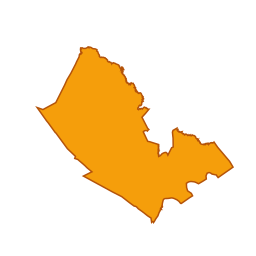 Compostela Valley, Compostela Valley, Philippines, rotated 145°
{"feature_id": "2640588B76140513385915", "entity_name": "Compostela Valley", "entity_type": "district", "adm_level": 2, "iso_a3": "PHL", "parent_name": "Philippines", "parent_adm1": "Compostela Valley", "projection": "albers", "projection_center": [125.86, 7.537], "detail": "fine", "context": "isolated", "style": "filled", "palette": "amber", "viewbox_px": 256, "rotation_deg": 145, "n_neighbors": 0, "source": "geoboundaries", "source_scale": "gbopen_adm2", "svg_char_len": 5535}
<svg xmlns="http://www.w3.org/2000/svg" viewBox="0 0 256 256"><g transform="rotate(145 128 128)"><path d="M64.4,35.7L63.9,42.4L65.6,60.7L65.6,67.0L66.0,66.8L66.3,67.1L66.7,67.0L67.4,67.6L67.8,67.5L68.0,68.1L68.9,68.5L70.4,68.4L70.8,68.6L71.2,68.4L71.1,68.7L70.6,68.8L70.6,69.1L71.1,69.3L71.1,68.9L71.6,69.1L71.5,69.5L71.9,69.4L72.2,69.5L72.0,70.0L73.2,70.7L73.6,70.7L73.5,70.4L73.8,70.2L74.2,70.0L75.5,70.9L75.3,71.3L75.8,71.3L76.9,72.4L77.4,73.1L77.6,74.3L77.2,74.5L77.1,74.9L77.5,75.2L77.1,76.9L77.3,77.3L77.6,77.3L77.3,77.7L77.6,78.1L77.3,78.3L77.9,78.3L77.8,78.9L77.5,78.9L77.4,79.5L77.9,79.8L78.1,81.1L77.7,82.0L77.8,82.4L77.7,82.6L78.1,83.2L78.0,83.4L78.1,83.8L79.2,84.9L79.4,85.5L79.8,85.2L80.4,85.6L80.7,85.5L80.7,85.9L81.0,86.2L81.0,86.7L81.3,86.6L81.3,86.3L81.5,86.3L82.0,86.8L82.1,87.4L82.4,87.2L83.4,87.6L83.4,88.6L83.9,89.6L84.5,90.0L84.9,89.8L85.7,89.9L85.7,91.4L86.0,91.8L86.1,91.5L86.4,91.7L86.3,92.1L86.5,92.9L86.3,93.8L85.9,94.0L86.4,94.2L86.9,93.9L86.9,94.4L87.6,94.4L87.9,94.7L87.8,95.5L88.5,95.6L88.4,96.0L88.7,96.7L88.5,97.2L88.8,97.0L89.0,97.1L88.9,98.0L88.1,98.1L88.5,99.2L88.0,99.8L92.5,100.2L94.0,99.1L97.0,93.7L101.9,86.5L103.6,86.8L110.9,82.9L110.5,84.8L110.9,86.3L112.4,87.0L114.7,87.4L117.4,86.8L119.2,87.1L118.6,88.2L117.8,88.7L117.8,89.0L118.0,88.9L118.2,89.1L118.0,90.1L117.1,90.9L116.9,90.7L116.3,91.0L116.4,91.5L116.2,91.5L116.0,92.0L115.6,92.0L116.0,92.6L115.9,92.8L115.6,93.0L115.2,92.7L114.9,92.9L115.1,93.1L115.1,93.6L114.1,94.5L114.1,95.0L113.7,95.5L113.4,95.3L113.3,95.5L113.3,96.2L112.5,96.4L112.4,96.9L118.1,104.3L119.5,105.8L117.7,116.1L116.1,116.3L114.8,115.7L114.0,115.0L113.8,114.4L113.2,114.7L111.8,114.8L112.1,116.5L110.4,128.8L105.4,129.9L100.1,131.4L100.8,131.9L101.3,133.6L101.5,133.4L101.7,133.5L102.0,134.7L102.7,135.8L105.4,135.4L105.3,135.8L105.9,136.4L106.4,136.6L107.0,136.4L107.3,137.1L107.5,137.2L108.1,137.2L108.5,136.9L108.8,136.9L109.2,137.9L108.5,138.7L108.0,139.0L107.4,139.0L106.0,139.9L105.2,139.9L104.8,139.0L103.5,139.3L101.7,141.5L101.1,141.1L100.1,141.2L100.1,142.1L100.4,143.0L99.5,143.2L98.8,142.8L98.5,142.9L98.3,144.0L98.8,144.6L97.8,145.0L98.2,145.6L97.8,146.0L97.8,147.5L97.5,148.2L97.5,149.2L97.7,149.7L98.6,150.2L99.1,150.0L99.6,150.4L99.4,150.9L99.8,151.5L99.5,152.2L100.2,152.6L99.8,153.3L100.2,153.4L100.6,153.2L100.7,153.9L100.6,154.4L100.1,154.7L99.9,155.2L99.5,154.8L99.5,155.8L98.7,156.6L98.8,156.9L99.5,157.1L99.8,157.6L99.6,157.7L99.0,157.5L98.8,157.7L98.2,159.8L98.5,160.3L98.1,161.6L99.3,162.4L99.5,163.2L99.9,163.1L99.7,162.8L99.9,162.8L100.6,162.4L100.7,162.7L100.9,162.5L101.0,162.9L101.2,163.1L101.4,162.9L101.4,163.1L101.7,162.9L102.3,163.1L102.1,163.4L102.2,164.5L102.7,165.1L102.7,165.3L102.4,165.3L102.5,165.5L102.8,165.4L102.5,165.6L102.9,165.4L103.0,165.6L102.8,166.3L102.6,166.5L102.8,166.4L103.0,166.6L103.0,167.1L102.6,167.3L102.4,167.2L102.3,167.9L101.9,168.0L101.8,168.3L102.1,168.6L101.9,168.7L101.8,169.3L101.5,169.3L101.2,169.6L101.6,170.0L101.4,170.9L101.0,171.1L101.0,172.3L101.2,172.5L101.2,173.2L100.9,173.4L101.2,173.7L101.2,174.4L101.5,175.3L101.4,175.6L101.0,175.8L101.1,176.3L101.4,176.5L101.5,177.0L100.8,177.2L100.6,177.7L99.9,178.1L100.1,178.2L99.9,178.3L100.0,179.1L100.3,179.2L99.8,179.4L100.1,179.4L100.1,179.7L99.9,179.5L99.7,179.8L99.9,180.1L99.7,180.5L100.1,181.4L99.8,182.2L99.9,183.1L99.5,183.5L99.7,184.0L99.5,184.6L99.8,185.5L101.1,187.4L101.6,188.6L102.0,188.9L102.4,189.6L102.6,189.5L103.0,189.9L103.8,189.9L103.8,190.2L104.0,190.3L104.2,190.2L104.1,190.4L104.5,191.0L104.4,191.5L104.9,191.9L105.0,192.4L105.3,192.8L105.3,193.0L105.8,193.0L106.1,193.4L106.2,193.7L106.4,194.4L106.0,194.9L105.8,195.5L106.2,196.3L106.0,197.0L106.7,198.1L106.5,198.7L107.2,199.3L107.4,199.8L108.3,200.4L108.2,200.5L108.3,200.4L108.6,200.7L108.8,201.1L109.8,201.3L110.3,202.2L110.3,203.2L110.0,203.3L109.6,204.8L109.7,205.5L109.0,208.0L109.1,208.4L109.5,209.0L108.5,210.0L109.5,211.6L111.3,213.2L112.2,215.4L113.9,217.1L114.1,216.7L114.2,217.2L116.1,217.3L117.4,217.7L119.0,218.9L119.4,219.8L120.0,220.1L120.5,220.6L120.7,220.3L121.1,220.5L122.0,219.4L121.8,219.1L122.1,219.1L122.7,218.1L122.9,217.4L122.6,217.1L122.4,216.4L122.6,216.2L122.9,216.4L123.0,216.0L123.5,216.3L124.0,215.8L124.2,216.4L124.4,216.4L124.7,216.0L125.0,216.1L125.2,215.7L125.8,215.9L127.3,214.3L132.2,211.7L134.1,210.5L143.4,205.6L150.3,202.5L155.3,199.5L172.6,190.2L187.1,191.9L190.7,196.9L190.6,180.7L190.4,178.1L190.2,166.1L189.9,165.0L189.5,145.8L187.3,134.9L189.1,133.6L187.2,131.1L184.9,122.0L184.3,118.6L182.7,112.8L192.1,114.2L177.3,84.4L172.5,75.4L169.5,65.6L167.8,60.6L166.6,59.3L166.2,58.3L165.9,55.9L164.3,51.5L162.3,44.8L160.8,41.1L162.8,37.1L161.3,37.2L160.9,36.5L161.1,36.0L159.9,36.4L157.5,37.6L153.9,38.9L150.9,41.0L149.2,41.8L149.0,42.1L148.4,42.2L148.0,42.6L147.7,42.4L147.9,43.0L147.6,43.3L147.2,43.0L147.0,43.5L146.6,43.3L146.0,43.8L145.9,43.5L145.1,43.6L144.8,44.0L145.1,44.3L145.1,44.7L144.5,44.9L143.0,46.6L140.5,48.8L139.3,49.2L138.2,49.0L135.7,47.4L132.5,45.8L131.5,44.9L130.6,43.7L129.1,41.1L128.3,38.7L128.2,36.5L128.0,35.9L127.6,35.6L117.6,35.6L114.0,35.4L113.6,38.1L115.2,42.4L114.1,45.7L111.9,49.2L109.2,49.1L107.1,48.1L104.5,45.8L103.5,44.3L102.2,41.9L97.4,41.5L93.1,41.3L91.6,44.0L89.1,45.6L87.1,45.0L86.2,43.8L85.6,42.1L82.5,38.7L82.7,37.9L82.6,35.7L64.4,35.7ZM98.2,178.1L97.9,178.3L97.9,179.8L97.6,180.4L97.7,181.0L98.2,181.5L98.5,181.2L98.9,179.5L98.7,179.4L98.8,178.6L98.2,178.1ZM100.2,176.8L99.8,177.0L99.8,177.9L100.7,177.1L100.6,176.9L100.2,176.8Z" fill="#f59e0b" stroke="#b45309" stroke-width="1.5"/></g></svg>